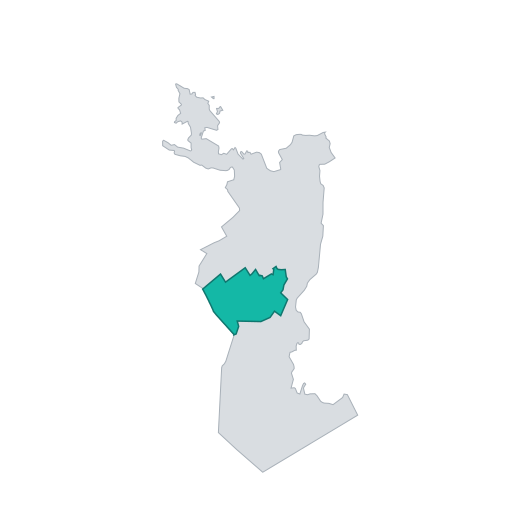 Uchkuduk, Navoi, Uzbekistan (highlighted), rotated 239°
{"feature_id": "79887680B40306907655933", "entity_name": "Uchkuduk", "entity_type": "district", "adm_level": 2, "iso_a3": "UZB", "parent_name": "Uzbekistan", "parent_adm1": "Navoi", "projection": "mercator", "projection_center": [63.246, 42.277], "detail": "fine", "context": "in_parent", "style": "filled", "palette": "teal", "viewbox_px": 512, "rotation_deg": 239, "n_neighbors": 0, "source": "geoboundaries", "source_scale": "gbopen_adm2", "svg_char_len": 4882}
<svg xmlns="http://www.w3.org/2000/svg" viewBox="0 0 512 512"><g transform="rotate(239 256 256)"><path d="M391.5,236.2L398.6,232.8L402.5,235.1L402.8,236.4L398.5,238.9L394.6,240.3L393.5,243.5L389.7,244.9L385.8,249.4L379.8,253.9L379.7,254.8L380.2,255.6L382.2,256.1L386.2,258.5L390.0,257.1L390.9,257.5L391.9,258.9L393.0,262.9L394.7,264.0L400.2,266.2L404.4,266.2L406.4,267.0L406.8,266.6L407.1,260.6L408.8,261.6L410.7,260.9L411.4,257.9L411.0,255.9L412.4,254.8L413.1,255.5L413.2,257.3L415.2,258.5L416.7,261.5L417.1,264.9L420.9,265.8L422.3,265.2L423.4,265.5L423.9,269.9L424.5,270.2L427.8,269.3L430.9,271.1L434.3,274.4L438.1,274.6L438.9,275.2L441.6,274.7L444.7,275.6L444.8,276.1L444.3,276.8L436.8,280.8L434.7,283.5L433.1,284.4L428.6,282.9L427.9,284.6L428.7,286.2L427.7,288.0L425.4,287.3L424.9,286.5L422.7,286.9L420.1,289.7L418.8,292.1L416.4,292.8L413.0,295.2L411.6,293.3L409.2,293.5L406.1,291.6L404.5,291.3L390.2,293.8L389.0,293.4L387.5,290.2L384.0,288.5L384.1,286.9L391.5,280.2L392.3,278.2L389.8,277.1L390.2,275.3L385.5,269.9L384.6,269.6L384.0,269.8L382.2,273.8L369.5,280.6L367.6,279.9L364.7,277.4L362.9,276.5L360.6,278.6L360.7,281.2L358.3,283.2L360.5,290.1L360.3,291.0L358.6,291.3L359.8,293.9L358.8,294.2L352.7,293.1L345.7,294.7L345.9,295.8L352.2,295.6L353.0,296.1L353.2,297.0L352.8,297.5L349.5,298.1L349.1,299.2L350.9,302.2L350.1,302.9L348.9,302.3L348.0,304.2L345.8,304.2L344.7,310.0L342.9,312.1L340.6,313.0L325.6,310.4L321.7,312.2L319.1,314.8L317.5,321.2L317.6,321.9L324.0,324.4L325.1,328.2L332.8,328.5L334.1,329.1L334.7,330.1L335.0,331.2L332.8,337.4L333.7,342.9L334.9,345.5L339.5,350.3L339.3,352.9L338.2,355.3L337.0,357.3L335.6,358.2L333.7,360.8L332.0,364.0L328.8,368.1L327.7,370.5L327.3,377.2L326.5,379.2L326.3,378.4L325.2,377.7L321.8,377.4L321.2,376.6L316.8,378.1L314.1,377.4L311.3,374.7L306.0,373.7L299.3,374.3L299.0,367.3L299.3,362.2L301.6,358.1L301.6,357.3L300.4,355.9L296.3,354.8L291.6,351.5L287.1,349.4L284.6,348.7L281.8,349.9L279.2,349.5L267.5,341.1L257.4,335.0L250.6,328.7L247.3,329.4L238.6,323.5L232.9,317.4L214.1,303.6L210.4,300.2L209.5,298.5L208.0,290.0L206.3,286.1L203.9,283.9L201.8,279.8L198.7,269.7L197.6,267.9L191.9,263.6L188.7,262.5L186.3,263.2L185.0,264.9L183.1,265.1L174.8,263.3L165.8,264.1L157.7,258.9L157.2,258.1L157.3,256.7L158.8,253.2L158.5,251.7L157.4,250.1L157.4,248.3L158.1,247.4L159.6,247.7L160.2,247.1L160.0,246.1L158.1,244.0L154.5,242.0L155.2,240.7L155.3,237.3L155.9,235.6L155.4,235.0L152.6,232.5L143.7,232.3L141.5,231.6L139.8,230.7L138.1,226.9L137.2,226.0L131.0,224.5L124.7,218.0L123.4,220.9L122.2,221.5L117.4,220.7L115.1,222.5L120.9,229.1L122.2,231.1L122.2,232.3L120.5,232.6L118.9,229.4L118.0,228.5L112.4,226.7L110.5,228.8L110.0,231.3L107.6,235.6L104.8,236.3L98.1,236.6L96.1,237.6L94.8,238.7L92.2,242.5L88.9,245.5L90.1,257.4L92.3,260.4L90.1,262.9L67.2,261.2L67.2,150.4L100.2,139.7L124.0,132.8L177.9,169.0L179.2,170.4L179.9,173.4L181.3,175.9L199.5,196.5L226.3,192.4L253.5,194.7L263.7,189.8L271.7,198.8L276.7,202.0L283.4,215.1L290.0,211.7L288.9,227.2L288.1,231.9L288.0,241.1L298.7,241.4L301.0,256.1L303.4,265.4L305.7,266.5L325.9,265.1L327.5,265.8L330.4,264.9L332.2,267.8L334.3,269.8L332.8,276.2L335.3,278.7L340.9,281.7L344.4,281.6L345.0,280.5L344.8,279.0L344.0,277.4L344.1,275.6L344.6,274.2L348.0,269.4L353.5,264.6L354.7,262.9L355.2,259.9L357.2,258.2L361.9,256.3L362.6,254.7L368.4,250.9L374.9,248.5L377.9,246.5L380.8,242.8L384.9,238.9L386.5,238.9L387.7,240.1L388.6,240.2L391.5,236.2ZM390.1,272.5L389.4,270.6L388.4,269.9L387.9,270.2L389.5,272.5L390.1,272.5ZM402.3,302.6L398.0,302.6L398.8,299.8L397.2,298.4L396.9,297.0L397.3,295.7L398.3,295.3L399.6,297.3L402.8,298.2L401.7,300.1L402.5,302.2L402.3,302.6ZM415.2,299.7L414.4,302.2L412.5,301.1L412.8,300.5L415.2,299.7Z" fill="#d9dde1" stroke="#a8b0b8" stroke-width="1"/><path d="M229.4,274.1L231.2,270.6L231.9,269.7L233.1,268.1L234.5,267.5L236.7,267.8L236.4,264.0L235.3,264.3L231.2,261.0L232.7,260.0L232.7,250.7L235.8,251.1L237.4,249.5L237.1,249.2L237.5,248.6L244.7,248.7L242.8,243.4L242.4,240.9L251.5,240.7L249.3,216.4L258.8,216.3L255.1,193.2L254.3,193.2L254.0,193.2L252.0,193.1L251.7,193.1L251.4,193.0L250.9,193.0L250.7,193.0L248.6,192.9L248.2,192.9L247.5,192.8L247.3,192.8L247.0,192.8L244.9,192.6L244.6,192.6L243.6,192.5L241.8,192.4L240.7,192.2L237.9,192.0L235.1,191.7L234.6,191.6L233.2,191.5L231.8,191.3L230.3,191.0L230.1,191.0L229.9,191.1L227.2,191.5L226.3,191.6L224.2,192.0L223.8,192.1L221.7,192.5L221.4,192.6L220.4,192.7L219.6,192.9L217.4,193.3L215.9,193.6L213.9,194.0L213.1,194.2L212.6,194.3L210.5,194.7L210.3,194.7L209.2,194.9L208.9,195.0L207.2,195.3L206.8,195.4L206.1,195.6L204.7,195.8L203.8,196.0L202.7,196.2L200.4,196.7L200.0,196.7L199.8,196.5L199.4,198.8L204.6,204.9L209.9,206.4L203.1,217.2L197.3,226.4L196.1,236.4L198.8,242.6L199.2,243.4L192.1,246.4L202.4,260.7L211.7,258.2L213.1,261.7L216.8,265.0L220.2,271.2L222.6,271.2L229.4,274.1Z" fill="#14b8a6" stroke="#0f766e" stroke-width="1.5"/></g></svg>